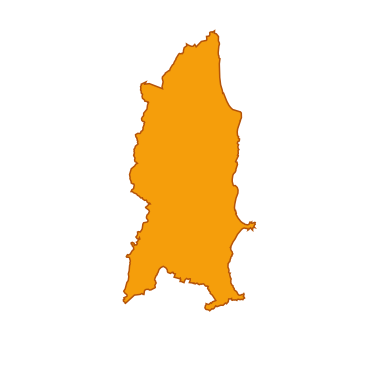 the district of Kaikoura District, Canterbury, New Zealand, rotated 318°
{"feature_id": "76426892B84594849147158", "entity_name": "Kaikoura District", "entity_type": "district", "adm_level": 2, "iso_a3": "NZL", "parent_name": "New Zealand", "parent_adm1": "Canterbury", "projection": "robinson", "projection_center": [173.63, -42.236], "detail": "fine", "context": "isolated", "style": "filled", "palette": "amber", "viewbox_px": 384, "rotation_deg": 318, "n_neighbors": 0, "source": "geoboundaries", "source_scale": "gbopen_adm2", "svg_char_len": 6056}
<svg xmlns="http://www.w3.org/2000/svg" viewBox="0 0 384 384"><g transform="rotate(318 192 192)"><path d="M85.1,233.5L86.7,233.8L87.3,234.7L87.1,235.3L87.7,236.0L90.5,233.7L91.7,233.4L92.7,233.7L94.5,235.1L94.8,236.4L96.1,237.3L100.4,238.4L100.9,238.3L101.9,236.5L104.5,235.6L104.6,234.6L105.3,233.9L105.3,232.4L106.8,231.3L109.5,230.1L110.7,230.1L111.6,229.3L112.6,229.2L115.7,227.5L118.2,227.3L120.9,228.0L121.8,230.7L121.7,232.1L121.5,233.3L120.4,234.9L120.3,235.8L121.5,238.1L123.2,238.3L124.0,238.8L124.2,239.2L123.7,239.7L123.8,240.4L124.8,241.7L121.7,243.3L124.7,248.0L125.6,248.1L125.0,248.9L125.2,249.3L123.3,250.5L124.4,251.6L124.5,252.2L125.4,254.0L127.8,252.7L130.1,252.6L130.7,254.3L131.9,254.7L132.6,255.4L131.3,256.6L129.4,257.5L132.4,260.9L132.0,261.0L133.0,262.5L134.4,262.9L135.0,263.6L134.9,264.7L135.5,265.8L137.2,266.4L137.4,267.0L138.9,267.7L139.2,268.4L139.1,270.8L139.6,271.6L140.3,271.8L140.4,272.8L140.8,273.1L139.2,273.9L138.9,274.7L139.3,275.7L138.6,276.4L138.6,278.6L137.7,279.5L138.1,282.3L137.1,288.6L133.6,287.3L132.0,287.7L131.7,286.8L129.9,286.9L128.9,286.5L127.8,284.5L127.5,285.0L126.0,285.4L124.1,286.7L123.8,288.3L124.0,288.9L125.0,290.0L125.9,291.8L125.8,292.1L128.7,292.1L129.2,293.0L130.6,293.2L133.5,292.5L133.8,293.9L137.6,295.4L139.3,297.0L142.5,296.9L142.9,297.6L142.8,298.1L143.1,298.2L145.1,297.7L145.9,298.2L145.6,297.8L147.7,296.0L149.3,297.4L150.1,297.6L149.2,298.7L149.7,299.6L150.3,299.6L151.1,300.6L152.0,301.0L152.8,302.6L153.7,302.2L154.7,302.7L155.7,304.2L156.8,304.7L157.8,306.1L158.8,305.7L160.1,306.0L160.4,305.2L160.1,304.2L162.3,302.8L162.5,302.2L161.4,302.4L160.8,301.7L159.0,301.1L158.0,300.3L157.7,299.1L158.5,295.8L158.0,293.5L158.1,292.6L158.8,291.9L158.9,290.2L159.7,289.1L159.4,288.1L160.0,285.5L160.8,284.8L161.1,284.1L162.9,282.8L163.2,282.0L163.1,281.7L164.4,279.1L165.1,278.2L166.0,277.9L165.5,277.4L165.6,276.1L166.8,275.3L167.7,274.0L168.4,271.9L171.0,269.3L171.6,269.3L172.5,268.9L173.5,269.0L175.7,267.4L176.4,267.2L177.2,266.4L179.1,266.2L179.3,265.5L180.9,265.3L181.2,264.3L181.8,263.4L181.9,261.8L182.5,260.3L184.4,258.7L184.1,258.6L189.2,256.5L192.6,255.7L197.5,253.9L203.8,253.0L205.8,253.2L207.0,254.0L207.6,255.1L208.4,255.7L208.5,256.9L208.9,257.6L208.4,257.8L208.9,257.9L210.0,257.3L210.3,257.9L211.5,257.7L211.6,258.9L212.1,259.2L211.4,259.8L211.5,260.8L211.9,260.2L212.6,260.0L212.9,259.4L214.3,259.5L214.8,260.3L214.8,259.1L216.8,258.2L217.3,258.3L217.7,257.4L218.5,257.1L218.4,256.6L215.8,255.6L215.4,255.0L216.1,254.3L215.5,254.3L215.5,253.8L214.6,253.8L214.6,253.3L212.8,254.1L211.4,253.7L209.6,251.3L209.5,250.0L208.9,249.0L208.5,246.4L208.8,242.2L209.8,237.8L210.2,237.3L210.6,237.5L212.0,234.8L211.5,234.6L211.6,234.2L213.1,232.0L215.6,229.7L220.5,226.1L225.3,223.6L227.5,221.4L228.6,219.0L228.6,217.7L228.4,216.1L227.2,215.2L227.2,214.5L228.8,211.3L230.4,209.5L233.5,206.9L235.1,206.3L237.4,206.1L238.8,205.5L240.0,204.4L244.2,202.0L245.4,199.9L244.7,199.1L244.7,198.6L250.7,196.1L250.9,195.2L250.7,195.0L252.1,194.4L254.1,191.9L255.2,191.9L255.4,190.7L256.3,189.0L258.3,188.0L258.1,186.7L258.3,186.0L259.9,185.2L261.3,185.7L262.8,184.4L262.4,183.3L262.8,182.6L263.6,182.2L263.6,180.5L265.9,177.5L268.2,175.6L275.6,171.4L275.5,171.2L278.4,169.9L281.5,166.3L281.6,164.9L277.4,157.9L277.2,155.1L277.4,152.4L278.5,148.0L281.6,139.6L280.8,139.3L281.0,138.8L281.4,138.6L282.6,136.6L285.0,131.5L289.2,125.5L298.1,115.0L302.0,111.6L301.8,110.6L302.0,110.1L303.1,108.8L303.2,108.0L304.7,106.0L309.6,101.5L311.2,100.6L312.0,99.6L312.7,97.4L315.7,94.2L315.9,90.8L314.9,88.9L316.6,87.3L314.1,87.0L314.2,86.5L312.6,85.4L311.7,85.5L310.7,86.9L309.7,87.4L308.7,87.4L306.9,86.1L305.0,88.7L304.2,89.0L299.7,86.4L292.2,86.9L292.8,84.2L290.2,84.4L288.9,83.2L287.5,80.2L287.0,78.3L285.8,79.9L282.8,79.5L280.4,81.1L279.0,82.5L277.2,82.6L277.2,82.2L275.9,81.6L275.4,80.7L274.5,80.6L269.4,82.1L269.0,82.6L266.0,83.5L263.8,84.6L262.5,84.5L258.7,85.6L256.6,86.8L256.1,86.3L251.7,85.8L251.3,86.2L247.0,86.7L245.8,87.8L244.3,90.8L240.2,93.7L239.2,95.5L232.8,82.9L229.1,80.3L231.4,79.4L226.4,77.9L225.6,78.8L224.3,79.2L223.6,80.5L222.0,81.8L221.9,82.7L220.5,84.6L220.6,86.3L218.8,87.6L217.9,89.3L218.3,91.8L217.7,92.8L219.2,94.9L219.0,95.6L219.7,95.9L219.6,96.4L217.1,97.6L214.0,100.3L208.8,101.1L207.1,102.9L205.1,103.1L203.5,103.8L202.6,105.3L202.8,106.8L203.5,107.6L203.4,108.6L202.1,109.0L201.8,109.7L198.4,111.5L198.0,112.3L196.4,113.2L194.6,112.9L193.6,113.6L192.5,113.7L190.9,112.1L188.4,111.6L187.6,112.7L187.1,114.0L187.3,114.6L186.6,115.6L186.7,116.1L185.8,117.0L185.8,118.0L184.7,118.6L184.1,120.2L180.6,120.1L178.6,121.3L177.5,121.4L176.7,122.7L176.1,123.0L175.4,124.5L173.9,125.2L173.8,125.7L173.0,125.9L172.4,128.6L170.8,129.7L170.0,131.2L170.5,132.6L170.6,134.2L168.8,133.7L166.9,134.3L162.4,134.1L157.2,137.3L155.8,139.7L154.8,140.6L153.6,143.9L152.9,144.5L153.3,146.1L154.1,147.0L153.6,148.3L150.8,150.4L148.8,150.1L147.0,150.9L148.0,151.9L148.1,153.4L149.5,156.4L149.3,158.0L149.9,159.4L150.0,162.2L151.2,163.1L150.7,164.0L151.2,166.5L152.6,167.6L151.9,169.8L152.2,171.0L153.1,171.9L153.0,172.9L151.8,172.1L150.0,172.5L147.3,172.3L147.1,172.9L147.8,176.4L147.4,177.9L145.2,178.9L143.2,179.0L141.4,180.1L140.7,181.0L140.4,183.6L139.6,184.3L138.3,184.2L135.5,182.5L134.0,183.0L130.3,186.1L128.5,186.7L126.7,187.0L125.7,185.6L124.7,185.3L123.7,186.7L122.3,187.6L120.2,187.9L120.0,190.0L120.5,190.9L121.2,191.2L122.4,190.8L121.7,192.1L120.2,191.7L118.3,192.4L117.1,192.1L116.8,193.8L115.4,194.2L114.6,193.4L113.5,193.1L113.5,192.6L114.4,191.9L114.6,191.2L113.9,189.4L112.7,189.1L112.1,189.8L112.3,190.9L111.6,192.0L111.7,193.6L110.4,195.6L108.0,195.7L104.5,196.8L102.5,196.2L102.1,195.4L100.0,196.0L99.8,196.6L101.4,198.3L101.6,198.9L100.0,202.1L98.7,202.8L97.9,204.0L96.4,204.9L92.5,208.6L89.9,210.2L88.4,212.6L85.4,215.1L83.0,215.7L77.5,219.3L74.9,220.0L74.5,221.9L74.9,224.7L74.5,225.5L73.7,226.0L70.6,225.0L70.4,225.3L70.5,226.1L70.3,226.5L68.8,226.2L68.0,227.4L68.4,229.7L67.4,230.2L80.2,230.1L85.1,233.5Z" fill="#f59e0b" stroke="#b45309" stroke-width="1.5"/></g></svg>